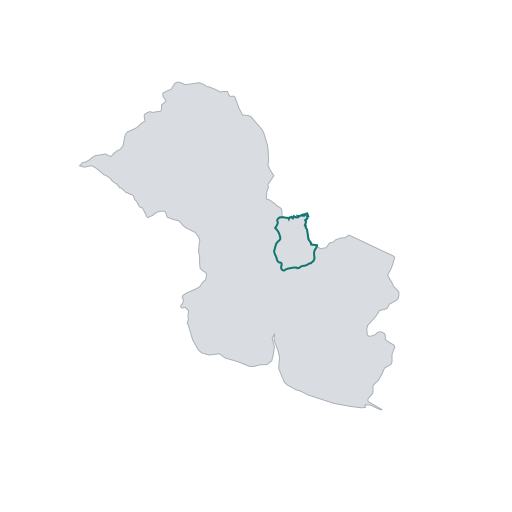 location of VIII-1 Ireng/Upper Potaro, Potaro-Siparuni, Guyana, rotated 157°
{"feature_id": "73187651B95779409673376", "entity_name": "VIII-1 Ireng/Upper Potaro", "entity_type": "district", "adm_level": 2, "iso_a3": "GUY", "parent_name": "Guyana", "parent_adm1": "Potaro-Siparuni", "projection": "orthographic", "projection_center": [-59.613, 4.894], "detail": "fine", "context": "in_parent", "style": "outline", "palette": "teal", "viewbox_px": 512, "rotation_deg": 157, "n_neighbors": 0, "source": "geoboundaries", "source_scale": "gbopen_adm2", "svg_char_len": 6379}
<svg xmlns="http://www.w3.org/2000/svg" viewBox="0 0 512 512"><g transform="rotate(157 256 256)"><path d="M162.3,239.0L151.3,226.7L140.4,214.4L129.6,202.3L128.8,200.6L133.4,194.9L137.4,190.8L140.8,188.4L142.4,186.4L141.2,177.5L141.3,174.3L139.7,170.8L138.6,166.9L140.0,163.7L141.6,161.4L143.7,160.5L148.8,159.8L152.3,159.5L153.6,158.2L155.7,156.6L158.4,156.6L163.7,157.6L166.1,155.7L170.5,153.0L180.4,148.5L182.6,145.5L184.1,140.8L184.0,138.7L183.0,137.8L180.5,137.1L176.8,137.0L173.8,138.2L170.7,137.5L168.1,134.6L168.0,132.3L169.5,128.9L168.6,126.7L163.7,119.7L163.8,117.8L167.3,114.6L169.4,112.0L172.1,105.5L174.3,103.4L181.2,102.7L182.9,101.3L186.4,97.9L191.6,94.0L199.1,91.0L201.3,85.3L202.6,83.8L208.6,80.8L209.6,79.3L209.5,77.9L199.9,65.2L201.8,66.1L209.2,74.3L213.3,76.1L214.2,76.2L214.2,74.0L218.0,74.9L227.7,80.6L241.9,89.9L262.0,107.4L267.7,114.1L271.5,117.3L277.5,124.9L279.2,128.7L279.1,143.6L273.8,153.7L272.6,161.3L272.3,171.4L269.2,177.2L273.3,174.1L274.6,165.0L278.0,159.4L282.5,153.3L288.5,151.8L295.0,154.4L300.2,154.9L304.8,156.7L314.6,166.4L324.2,174.0L327.7,180.2L337.9,183.2L343.9,188.1L345.8,192.3L347.1,203.3L345.2,220.0L345.7,220.8L343.0,224.1L342.5,226.2L340.7,229.9L339.4,231.9L341.4,236.5L343.7,236.7L344.6,237.3L345.1,238.2L345.0,239.2L344.1,240.0L341.9,241.2L339.9,243.8L340.1,246.8L338.8,248.3L334.6,249.1L326.4,249.1L322.3,249.4L319.1,249.9L317.0,251.8L314.3,253.1L312.2,253.4L310.3,255.6L308.5,258.8L309.1,260.9L311.1,263.7L312.2,266.7L310.7,271.4L309.1,275.1L308.1,277.8L306.9,283.2L303.7,289.1L301.5,292.5L301.5,296.1L302.6,301.3L309.1,308.8L311.2,312.4L313.0,318.2L318.8,322.7L322.5,326.4L322.2,331.3L322.7,332.8L324.9,334.0L327.7,334.9L330.8,334.9L333.5,334.4L334.1,333.8L340.4,333.6L341.2,334.9L341.5,341.9L341.8,344.7L343.3,345.8L344.2,347.6L344.3,349.1L344.6,353.1L345.5,355.1L345.4,359.3L346.0,360.8L347.8,361.9L350.0,364.9L350.8,365.2L351.2,366.3L353.1,370.5L354.1,371.8L354.8,372.0L355.1,373.5L356.4,377.5L357.4,378.4L359.1,381.4L359.9,384.5L362.2,388.1L364.6,390.7L365.7,393.3L368.7,399.1L371.7,403.1L375.7,404.2L379.0,404.7L381.1,406.3L383.2,408.0L381.0,408.8L379.0,409.8L376.2,409.0L372.4,409.5L368.5,410.6L364.8,411.2L357.9,409.4L355.8,409.2L354.4,408.4L351.5,404.8L350.2,404.4L346.5,406.1L342.0,407.3L339.9,407.0L337.3,408.3L334.9,409.9L330.4,416.9L328.0,419.4L325.5,420.5L320.5,420.5L315.1,420.8L311.0,422.5L307.2,423.4L305.4,423.5L304.7,427.3L303.9,429.1L302.7,430.1L299.7,430.5L297.1,430.3L295.5,428.7L292.5,427.9L289.9,427.4L288.1,426.5L286.8,426.7L285.6,428.3L284.7,429.7L283.9,432.2L279.9,433.0L278.2,434.4L279.2,439.1L278.7,441.0L277.9,442.4L273.1,442.7L268.9,442.6L266.5,444.4L263.6,446.4L261.8,446.8L259.7,446.6L256.9,444.3L254.2,441.4L247.3,439.4L240.5,437.7L236.1,433.1L235.0,430.9L232.9,429.9L227.6,424.4L224.7,420.9L221.5,420.0L217.9,418.5L218.1,416.0L217.8,413.5L216.3,412.5L214.1,411.9L213.3,410.5L213.5,407.3L213.9,399.0L213.3,391.1L208.4,388.4L206.3,386.5L202.6,374.8L200.9,369.5L200.8,365.6L202.1,353.9L203.4,348.9L207.2,338.7L209.4,335.3L209.5,332.7L209.3,329.4L208.2,322.9L214.5,318.8L217.3,317.1L217.7,314.3L221.1,310.9L222.6,307.5L223.9,304.9L223.6,303.6L222.1,302.8L220.3,300.3L216.6,293.2L215.3,291.7L214.2,289.7L214.8,286.5L216.2,283.1L216.0,281.7L213.8,279.8L209.3,276.8L205.5,276.5L202.6,275.4L198.3,275.3L194.9,274.9L193.0,273.8L193.4,271.9L194.2,270.4L197.1,266.8L199.0,263.0L199.3,259.3L199.9,254.3L200.7,250.1L201.2,245.2L196.6,242.0L195.2,239.4L193.3,237.1L191.3,237.1L188.2,236.1L183.3,239.2L179.5,238.6L176.9,239.7L170.8,239.5L167.0,238.0L162.3,239.0Z" fill="#d9dde1" stroke="#a8b0b8" stroke-width="1"/><path d="M222.6,228.5L222.4,228.6L221.9,228.6L221.3,228.3L220.7,228.2L220.2,228.5L219.6,228.5L218.4,228.7L218.0,228.7L217.5,228.7L216.7,228.6L216.2,228.4L215.6,228.2L215.1,228.1L214.5,228.0L214.0,227.9L213.5,227.9L212.9,227.9L212.3,227.9L211.6,228.0L210.9,228.1L210.4,228.3L209.9,228.3L209.4,228.1L208.7,227.9L208.2,227.9L207.6,228.2L207.0,228.4L206.5,228.5L205.8,228.8L205.0,229.0L204.7,229.4L204.2,229.7L203.8,230.0L203.5,230.6L203.0,231.1L202.8,231.7L202.7,232.2L202.5,232.7L202.4,233.1L202.3,233.6L202.1,234.2L201.9,234.7L201.7,235.2L201.5,235.7L201.3,236.3L201.0,236.7L200.7,237.2L200.4,237.7L200.0,238.1L199.6,238.5L199.1,238.8L198.7,239.2L198.2,239.5L197.5,239.9L197.2,240.2L196.4,241.0L195.6,242.0L200.8,245.1L200.2,246.4L201.2,250.9L198.7,260.2L199.1,263.1L198.4,264.2L199.1,265.1L196.6,267.8L196.8,269.8L194.0,270.5L193.4,272.6L192.4,272.2L192.2,275.2L195.2,275.4L195.0,274.6L195.9,274.3L196.0,275.0L197.1,274.9L197.0,275.8L200.5,275.7L202.1,276.7L202.2,275.3L204.1,275.8L205.6,277.9L207.3,276.3L208.0,278.2L210.4,278.3L211.3,277.3L211.3,278.3L217.1,281.7L217.5,281.9L217.8,281.7L219.2,282.3L219.8,282.1L220.2,282.0L220.6,281.9L221.1,281.7L221.5,281.5L221.9,281.2L222.3,280.9L222.5,280.5L222.7,280.1L222.7,279.6L222.7,279.2L222.8,278.7L222.9,278.2L223.2,277.7L223.5,277.3L223.9,276.9L224.3,276.6L224.8,276.2L225.2,275.9L225.4,275.6L225.8,275.2L226.2,275.0L226.8,274.7L227.3,274.4L227.4,274.0L227.1,273.6L226.8,272.7L226.6,272.1L226.4,271.6L226.3,271.0L226.2,270.6L226.2,270.0L226.1,269.5L226.0,269.0L226.0,268.5L225.9,268.1L226.0,267.6L226.0,267.1L226.1,266.4L226.1,265.9L226.2,265.4L226.3,264.7L226.3,264.0L226.5,263.5L226.7,262.9L226.9,262.4L227.2,262.0L227.7,261.7L228.2,261.4L228.8,261.1L229.4,261.0L230.0,260.8L230.8,260.4L231.3,260.1L231.8,259.9L232.5,259.5L233.0,259.0L233.4,258.5L233.7,258.1L234.0,257.6L234.4,257.3L234.8,256.8L235.1,256.4L235.5,255.9L235.7,255.5L236.1,254.9L236.5,254.5L237.1,254.0L237.4,253.6L237.5,253.1L237.6,252.6L237.7,252.0L237.8,251.5L237.8,250.9L237.9,250.3L237.9,249.7L237.9,249.1L237.8,248.6L237.8,247.3L237.9,246.7L237.9,246.2L237.9,245.7L238.1,245.0L238.2,244.4L238.2,243.8L238.1,243.2L238.0,242.8L237.9,242.3L237.7,241.8L237.5,241.3L237.1,240.9L236.6,240.7L236.1,240.4L235.7,240.1L235.5,239.7L235.4,239.2L235.5,238.6L235.7,238.1L236.1,237.5L236.4,237.1L236.8,236.7L237.1,236.1L237.3,235.7L237.5,235.2L237.5,234.7L237.6,234.2L237.5,233.6L237.4,233.2L237.1,232.7L236.7,232.2L236.4,231.9L235.9,231.7L235.3,231.7L234.7,231.8L234.2,231.9L233.7,232.0L233.2,232.0L232.7,232.0L232.2,232.0L231.5,231.9L230.8,231.8L230.2,231.6L229.5,231.4L229.0,231.3L228.5,231.2L227.8,231.1L227.2,231.0L226.8,230.9L226.2,230.7L225.6,230.5L225.0,230.4L224.6,230.1L224.0,229.8L223.5,229.7L223.2,229.1L222.6,228.5Z" fill="none" stroke="#0f766e" stroke-width="2"/></g></svg>